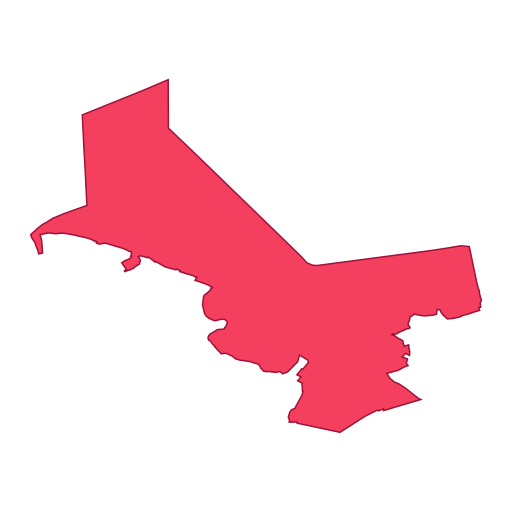 outline of Gooise Meren, Noord-Holland, Netherlands
{"feature_id": "6326949B89511959643085", "entity_name": "Gooise Meren", "entity_type": "district", "adm_level": 2, "iso_a3": "NLD", "parent_name": "Netherlands", "parent_adm1": "Noord-Holland", "projection": "natural_earth1", "projection_center": [5.099, 52.322], "detail": "fine", "context": "isolated", "style": "filled", "palette": "rose", "viewbox_px": 512, "rotation_deg": 0, "n_neighbors": 0, "source": "geoboundaries", "source_scale": "gbopen_adm2", "svg_char_len": 5924}
<svg xmlns="http://www.w3.org/2000/svg" viewBox="0 0 512 512"><path d="M168.2,79.7L143.2,90.3L82.3,114.9L84.0,150.1L85.0,166.8L86.7,202.0L87.0,205.4L65.4,213.1L53.2,218.1L49.7,220.2L48.0,221.4L44.6,223.3L42.5,224.5L41.4,225.3L36.9,228.9L34.9,231.0L34.6,231.2L32.2,233.2L31.7,233.7L31.3,234.0L30.7,234.8L31.2,235.6L31.3,236.0L31.2,236.3L31.2,236.6L32.1,238.3L32.8,239.3L32.9,239.7L34.0,241.2L34.7,242.2L35.2,243.3L35.8,245.7L36.1,246.2L36.4,246.6L36.7,247.6L37.6,249.9L37.8,250.2L38.0,250.6L38.3,252.1L38.2,252.2L38.5,252.7L38.7,253.9L42.5,253.1L41.9,243.2L41.7,241.1L41.5,239.7L40.6,236.7L40.0,234.8L42.8,234.1L45.5,233.5L47.3,233.2L49.1,233.0L51.1,233.1L53.7,233.5L55.3,233.7L57.1,233.6L59.9,233.3L61.7,233.2L63.8,233.3L66.2,233.6L70.4,234.3L76.0,235.4L80.3,236.5L85.9,237.7L89.0,238.6L92.5,240.0L93.5,240.6L94.4,241.2L95.1,240.7L96.7,241.9L97.1,242.1L96.2,242.9L97.1,243.5L98.2,243.8L99.3,244.0L100.4,244.0L101.4,243.8L103.2,243.4L104.4,243.2L105.7,243.3L107.1,243.6L116.2,246.4L118.6,247.0L119.3,247.2L119.5,247.5L119.8,247.4L123.3,248.5L126.1,249.7L126.4,249.9L128.7,251.1L131.6,252.1L131.1,255.2L130.7,256.3L131.5,256.5L131.6,257.0L130.9,257.5L130.2,258.2L129.3,258.8L124.6,260.8L123.9,261.2L121.7,262.9L126.6,269.7L124.4,270.7L125.0,271.6L125.6,271.5L127.9,270.4L130.2,269.9L131.6,269.0L133.4,268.3L134.0,267.9L134.8,267.0L135.3,266.6L139.4,264.0L140.3,260.6L139.9,259.3L139.4,258.0L138.2,256.6L139.3,256.0L140.6,255.9L146.7,257.3L147.0,257.6L147.2,257.8L147.3,257.8L147.6,257.7L147.8,257.4L148.2,257.1L150.0,258.2L154.9,262.0L155.1,262.1L155.6,261.4L157.2,262.4L160.3,264.1L164.7,266.7L171.9,268.8L176.0,269.8L176.2,269.7L176.5,269.1L180.1,270.5L179.7,271.1L179.9,271.3L179.8,271.6L183.6,272.7L183.9,272.8L183.9,273.0L191.7,275.2L194.0,276.1L196.0,277.2L196.3,277.3L196.4,277.1L196.7,277.3L197.0,277.4L196.1,278.4L195.0,280.4L200.2,282.0L206.5,284.3L208.9,285.4L211.9,287.2L212.2,287.1L212.5,287.3L212.5,287.6L212.0,287.7L211.5,288.1L210.9,288.3L210.7,289.2L210.5,289.7L210.3,289.9L208.6,291.7L205.9,294.0L204.7,294.8L204.1,295.5L203.6,296.7L203.2,299.8L202.8,302.1L202.8,302.7L202.5,305.0L202.6,305.5L203.1,307.3L203.8,310.5L204.2,312.0L204.6,313.7L205.5,315.1L206.8,316.7L209.1,318.4L211.2,319.3L211.3,319.4L211.8,319.6L214.0,320.5L215.4,320.8L217.9,320.0L222.2,319.1L223.8,319.4L224.2,319.4L224.8,319.6L225.4,319.9L226.3,320.6L226.7,321.1L227.2,322.1L227.2,322.5L227.2,323.0L226.7,324.7L226.5,324.8L226.2,325.6L224.6,327.8L224.7,328.0L223.9,329.1L218.0,329.5L217.4,329.6L216.0,330.5L210.0,334.1L210.2,334.3L209.7,334.7L208.7,335.7L208.1,337.2L208.1,337.8L208.1,338.5L208.3,339.3L208.6,340.0L208.9,339.8L210.7,341.5L212.5,344.0L213.9,345.4L214.6,346.3L215.0,346.6L214.7,346.7L215.6,347.7L218.2,350.6L221.0,353.2L221.0,353.3L220.9,353.4L220.9,353.7L223.0,353.6L224.9,353.3L226.5,353.5L228.3,354.2L228.9,354.6L230.5,355.2L231.3,355.7L232.0,356.0L232.7,356.4L234.3,357.9L235.8,359.0L236.3,359.1L239.8,360.1L241.1,360.3L243.3,360.5L247.0,361.2L248.2,361.3L249.7,361.6L250.5,361.7L251.8,362.1L254.0,363.0L256.5,363.5L258.4,364.4L259.4,365.3L259.6,365.6L260.9,368.4L261.2,368.7L262.1,369.3L262.5,369.8L262.8,370.4L263.2,370.8L263.9,371.3L264.3,371.4L265.3,371.4L265.9,371.6L266.9,371.4L267.9,371.7L270.0,371.5L271.2,371.9L272.7,372.1L272.9,371.8L273.6,371.9L275.6,372.4L276.2,372.3L277.5,372.0L279.8,371.6L280.8,372.2L281.6,372.9L282.1,373.2L282.6,373.8L286.9,372.3L287.8,371.8L297.6,361.8L298.5,358.8L299.5,355.1L305.3,358.6L307.0,359.6L308.0,360.2L308.1,360.3L308.0,361.4L308.2,362.1L308.5,362.7L308.4,362.8L308.0,362.9L307.6,363.4L302.9,369.1L302.8,369.3L301.7,368.8L296.9,374.8L301.0,376.9L298.8,379.5L298.6,379.6L297.6,380.8L302.3,383.2L301.9,384.4L302.3,387.1L302.3,391.0L303.1,391.2L302.4,393.2L302.0,395.2L296.3,405.5L295.2,407.6L294.9,408.3L294.7,408.5L292.1,409.5L291.2,410.2L290.4,411.1L289.5,413.0L288.4,416.8L288.4,417.3L288.5,417.8L289.1,418.6L289.1,419.3L289.4,419.7L289.4,420.2L289.2,422.2L297.0,422.0L297.1,423.2L340.0,432.3L365.3,416.1L372.8,412.4L375.1,411.2L377.8,410.1L378.4,410.8L382.5,409.3L383.2,408.9L383.4,408.7L383.5,408.9L383.6,409.4L383.5,410.6L386.8,409.7L391.8,408.1L420.8,399.5L418.2,398.2L409.7,391.5L404.4,387.4L400.2,384.7L398.9,383.9L394.4,382.0L389.9,378.3L386.8,373.3L388.9,372.8L390.8,372.3L393.6,371.6L395.2,371.1L397.7,370.4L398.9,369.9L400.8,368.9L401.9,368.2L403.2,367.6L404.7,366.8L408.1,365.6L407.0,364.2L406.5,363.4L406.5,362.9L406.6,362.0L407.3,359.9L407.4,358.8L402.2,357.1L402.5,356.6L405.6,353.4L409.5,355.4L409.8,352.1L409.7,352.1L409.2,349.1L408.7,346.2L408.9,345.5L408.9,345.1L408.7,344.9L407.4,345.2L405.6,345.8L404.4,346.4L404.3,345.7L403.6,344.7L403.3,344.0L403.2,342.8L402.8,341.1L402.7,340.6L401.3,339.9L400.6,339.4L397.8,338.1L396.3,336.8L395.6,336.3L394.1,335.6L393.3,335.3L391.7,334.6L391.8,334.5L392.2,334.6L392.4,334.2L392.9,333.7L393.1,333.7L393.9,334.7L394.0,334.7L398.5,332.9L398.7,332.7L398.6,332.4L404.5,330.0L404.8,329.7L404.8,329.4L405.8,329.2L409.2,328.4L409.7,328.2L410.0,328.0L410.1,327.8L410.0,327.4L408.2,324.7L408.1,322.6L408.5,322.6L408.6,322.3L409.2,321.2L409.8,318.9L409.7,317.6L409.8,316.9L411.1,316.5L412.9,315.0L413.2,315.0L413.9,314.1L421.6,315.6L425.7,315.9L432.6,315.2L436.5,314.3L437.1,309.6L439.3,309.7L440.1,309.9L440.2,310.3L441.1,312.4L442.3,314.0L442.8,314.7L443.6,315.6L444.5,316.3L444.9,316.3L445.6,317.4L446.8,318.5L447.7,319.0L449.3,318.7L451.8,318.6L454.1,318.2L458.8,317.2L460.0,316.8L460.9,316.5L462.5,315.6L463.4,315.2L466.6,314.5L470.0,313.5L473.2,312.3L479.6,310.4L479.3,309.6L479.0,308.2L478.8,307.5L479.2,307.5L480.7,307.2L480.2,303.1L481.0,301.5L481.2,301.0L481.3,300.5L481.3,299.4L480.3,297.0L480.1,295.5L479.7,294.7L479.5,293.3L479.5,292.8L479.5,292.5L479.3,291.7L478.9,289.3L478.3,288.5L476.7,282.2L469.3,246.6L467.1,246.3L460.6,245.8L445.2,248.4L429.1,250.8L317.2,265.5L312.5,265.2L306.9,262.8L302.4,257.8L289.7,245.3L201.2,159.5L168.4,128.1L168.2,79.7Z" fill="#f43f5e" stroke="#9f1239" stroke-width="1.5"/></svg>